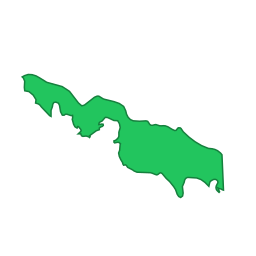 outline of Surigao del Sur, rotated 133°
{"feature_id": "PHL-2594", "entity_name": "Surigao del Sur", "entity_type": "Province", "adm_level": 1, "iso_a3": "PHL", "parent_name": "Philippines", "parent_adm1": "", "projection": "natural_earth1", "projection_center": [126.161, 8.696], "detail": "fine", "context": "isolated", "style": "filled", "palette": "green", "viewbox_px": 256, "rotation_deg": 133, "n_neighbors": 0, "source": "natural_earth", "source_scale": "10m", "svg_char_len": 2576}
<svg xmlns="http://www.w3.org/2000/svg" viewBox="0 0 256 256"><g transform="rotate(133 128 128)"><path d="M108.3,15.8L108.9,17.0L109.1,18.2L110.1,19.9L110.5,21.3L111.8,18.6L112.2,17.5L113.0,17.5L113.0,19.8L112.8,21.2L112.3,22.1L111.4,23.2L110.0,24.0L106.6,25.0L105.6,26.2L105.5,28.1L106.2,29.4L107.4,30.4L108.8,30.9L110.9,31.4L112.2,31.0L115.5,29.1L115.3,34.7L115.9,39.4L117.7,43.7L123.3,50.5L124.2,51.1L125.5,51.4L127.1,51.2L129.6,49.8L133.7,48.3L138.0,43.3L140.5,41.7L142.9,42.1L143.5,44.2L142.9,46.8L140.6,51.2L139.7,54.7L138.8,60.9L138.8,65.7L138.0,72.1L138.5,73.7L139.9,74.2L141.4,74.4L142.6,74.9L143.3,76.2L144.6,79.6L145.4,81.1L154.2,91.3L155.3,94.3L155.5,96.1L157.0,101.4L156.5,103.5L156.6,104.7L158.2,105.8L157.9,107.0L157.3,108.0L157.0,108.3L156.1,111.6L154.7,115.0L152.7,117.8L150.0,118.9L145.4,122.5L144.7,122.7L144.7,124.7L145.6,125.9L148.0,127.6L148.0,128.5L147.5,128.8L147.4,128.9L147.4,129.1L147.1,129.5L145.6,128.8L144.4,128.5L141.7,128.5L140.2,129.1L137.3,131.8L133.1,133.9L130.7,137.2L129.7,140.5L132.1,143.4L134.2,149.9L135.5,151.7L136.5,151.9L140.5,151.7L142.9,152.6L144.0,152.6L145.4,151.7L143.0,149.9L142.2,148.8L143.0,147.8L144.4,147.9L146.0,148.7L147.5,149.0L148.8,147.8L151.6,149.3L159.6,150.8L159.5,150.5L159.8,150.1L160.5,149.7L161.2,149.7L161.1,150.1L161.5,151.3L162.4,153.1L164.9,155.3L165.4,156.7L164.5,158.6L165.0,159.0L165.6,159.8L166.2,160.4L163.0,160.2L161.7,160.6L161.2,161.9L160.8,165.2L161.2,165.8L162.8,165.2L163.3,167.6L162.4,170.3L159.6,174.8L159.0,175.0L157.6,176.0L156.6,177.2L157.5,177.7L157.9,178.4L159.6,182.1L160.5,183.1L162.3,183.5L163.4,184.8L162.1,188.4L158.2,193.5L157.3,195.8L158.3,198.5L160.1,199.7L162.1,199.1L164.0,197.8L167.6,196.3L172.0,192.2L172.4,193.7L171.7,205.7L171.3,207.9L171.5,209.9L172.8,212.6L170.0,214.6L168.6,219.7L168.9,225.2L171.2,228.9L169.0,231.5L164.2,235.5L162.8,238.6L162.8,240.2L160.3,239.4L156.9,237.5L154.4,234.5L152.6,230.8L151.6,226.7L150.0,218.6L142.6,204.4L141.1,195.8L143.5,181.3L143.3,176.9L141.0,175.5L128.4,173.5L125.7,172.3L124.6,171.0L123.6,166.0L123.0,164.7L118.3,156.3L116.0,151.1L115.2,145.9L117.0,141.4L118.9,138.5L120.1,135.2L120.2,132.0L119.2,129.1L115.1,124.1L110.5,119.7L109.7,118.2L110.0,116.6L110.5,114.8L110.4,113.2L109.2,111.8L107.8,111.0L106.5,110.0L104.8,106.4L103.6,105.0L102.2,103.7L101.0,102.2L99.9,99.7L98.9,94.8L98.0,92.1L96.9,91.2L95.3,91.4L93.6,91.4L92.3,89.9L92.2,88.9L93.1,85.0L93.1,77.2L92.3,69.5L90.7,62.2L88.1,55.3L88.0,55.2L85.8,52.3L84.4,49.8L83.5,47.0L83.2,43.3L83.5,41.0L108.3,15.8L108.3,15.8Z" fill="#22c55e" stroke="#15803d" stroke-width="1.5"/></g></svg>